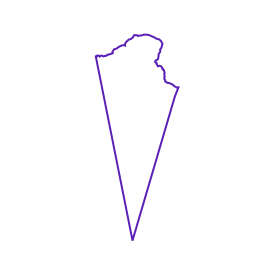 Elechui, Palau (Natural Earth projection), rotated 124°
{"feature_id": "81905179B66234991007705", "entity_name": "Elechui", "entity_type": "district", "adm_level": 2, "iso_a3": "PLW", "parent_name": "Palau", "parent_adm1": "", "projection": "natural_earth1", "projection_center": [134.481, 7.438], "detail": "fine", "context": "isolated", "style": "outline", "palette": "violet", "viewbox_px": 256, "rotation_deg": 124, "n_neighbors": 0, "source": "geoboundaries", "source_scale": "gbopen_adm2", "svg_char_len": 1200}
<svg xmlns="http://www.w3.org/2000/svg" viewBox="0 0 256 256"><g transform="rotate(124 128 128)"><path d="M66.1,108.9L67.2,110.4L67.4,113.6L67.0,115.0L67.6,118.8L68.4,120.2L68.7,121.6L68.4,122.1L68.6,123.2L67.5,124.0L67.2,125.0L66.6,125.4L66.0,126.2L64.8,126.3L64.2,126.9L63.6,127.7L62.9,128.2L62.0,128.3L60.1,130.4L59.7,131.7L60.0,131.9L59.8,132.5L59.2,132.6L58.4,134.9L58.7,136.5L60.1,137.7L59.7,138.2L58.9,140.4L58.1,140.5L58.1,142.4L56.8,142.9L56.1,142.5L54.4,141.7L52.4,142.3L49.4,144.0L47.2,143.8L46.3,144.2L45.2,145.2L42.6,145.2L40.0,146.1L39.0,146.4L38.2,147.8L37.4,149.4L37.1,151.8L38.0,154.0L38.2,157.2L38.9,161.1L39.4,163.2L40.5,165.1L41.5,166.8L43.6,168.5L45.1,170.3L46.2,171.2L45.9,172.1L46.6,173.2L47.5,174.8L48.6,174.8L49.7,174.5L52.9,175.5L54.2,176.8L57.2,177.5L58.5,177.7L60.4,177.3L61.3,176.6L61.5,177.7L63.1,179.4L64.4,180.1L66.1,181.1L67.8,181.6L68.8,182.1L69.5,182.6L70.4,183.5L73.5,183.5L74.5,182.5L75.9,183.4L77.4,184.7L78.3,185.3L78.7,186.1L80.2,186.3L81.6,187.9L82.3,188.3L82.7,190.4L83.6,191.1L84.6,191.4L84.3,192.1L84.5,193.2L84.9,193.6L85.5,194.2L85.9,193.8L86.7,194.7L218.1,62.0L218.9,61.3L75.6,106.8L66.1,108.9Z" fill="none" stroke="#5b21b6" stroke-width="2"/></g></svg>